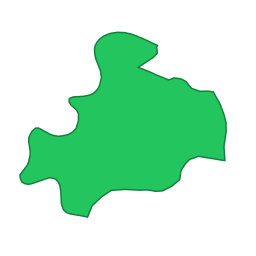 Sudong, Hamgyŏng-namdo, North Korea (Mercator projection), rotated 98°
{"feature_id": "82179303B18733431209554", "entity_name": "Sudong", "entity_type": "district", "adm_level": 2, "iso_a3": "PRK", "parent_name": "North Korea", "parent_adm1": "Hamgyŏng-namdo", "projection": "mercator", "projection_center": [126.895, 39.37], "detail": "fine", "context": "isolated", "style": "filled", "palette": "green", "viewbox_px": 256, "rotation_deg": 98, "n_neighbors": 0, "source": "geoboundaries", "source_scale": "gbopen_adm2", "svg_char_len": 1424}
<svg xmlns="http://www.w3.org/2000/svg" viewBox="0 0 256 256"><g transform="rotate(98 128 128)"><path d="M222.0,155.7L210.0,152.7L199.4,144.2L192.0,135.7L189.2,122.2L188.0,108.6L186.6,100.2L186.8,91.7L185.4,84.9L179.5,76.4L178.5,75.6L172.0,69.6L162.8,69.6L155.2,66.1L150.6,62.7L146.2,54.2L146.4,47.4L146.5,40.7L146.8,30.5L146.8,27.5L140.7,28.8L133.0,30.4L126.8,30.4L117.6,30.3L108.4,31.9L100.6,35.2L91.3,40.3L80.4,48.6L80.3,53.7L81.7,62.2L79.9,70.6L73.7,77.3L72.0,82.4L71.9,89.2L74.8,94.3L73.1,101.0L71.4,107.8L69.8,112.8L68.1,119.6L66.4,126.3L59.0,117.8L54.5,112.7L49.9,109.3L43.8,110.9L42.2,110.3L37.2,126.4L34.7,136.6L34.0,144.4L34.7,151.8L36.6,158.2L38.5,161.9L40.5,165.0L44.2,168.7L47.5,170.7L50.7,171.9L54.6,172.2L61.0,170.7L64.9,169.0L75.4,163.1L81.8,161.3L89.7,162.1L92.9,163.1L95.6,164.6L98.6,167.2L100.7,170.5L102.8,176.4L104.9,186.7L106.9,190.1L110.3,190.1L113.1,187.7L117.6,181.2L121.0,179.0L127.9,178.1L135.2,179.3L138.0,180.8L140.8,183.5L143.1,186.9L145.2,192.8L145.9,196.1L145.8,200.4L145.2,203.9L140.5,216.4L141.0,219.6L144.2,222.3L147.9,223.9L151.1,224.8L154.8,224.6L164.2,221.7L167.9,221.2L175.5,221.7L178.9,222.6L189.6,228.5L192.9,227.6L196.3,225.5L197.5,222.4L197.6,218.5L196.5,215.5L188.3,199.3L188.1,195.5L189.0,192.1L191.6,189.1L195.2,187.2L201.6,185.4L211.9,183.5L214.7,182.3L218.1,180.3L220.4,176.8L221.1,173.1L221.6,157.0L222.0,155.7Z" fill="#22c55e" stroke="#15803d" stroke-width="1.5"/></g></svg>